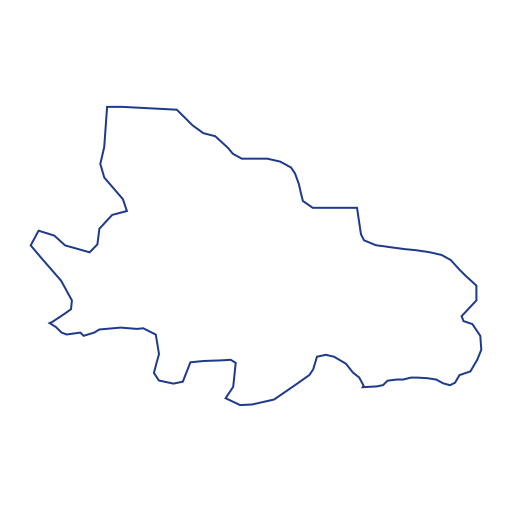 Pocheon-si, Gyeonggi, South Korea (orthographic projection), rotated 270°
{"feature_id": "91817680B75483661313195", "entity_name": "Pocheon-si", "entity_type": "district", "adm_level": 2, "iso_a3": "KOR", "parent_name": "South Korea", "parent_adm1": "Gyeonggi", "projection": "orthographic", "projection_center": [127.227, 37.957], "detail": "fine", "context": "isolated", "style": "outline", "palette": "blue", "viewbox_px": 512, "rotation_deg": 270, "n_neighbors": 0, "source": "geoboundaries", "source_scale": "gbopen_adm2", "svg_char_len": 1489}
<svg xmlns="http://www.w3.org/2000/svg" viewBox="0 0 512 512"><g transform="rotate(270 256 256)"><path d="M405.1,107.1L364.8,104.2L348.1,100.3L334.4,104.3L312.8,122.9L301.0,126.9L297.1,112.2L283.3,99.4L267.6,97.4L259.7,89.6L266.6,65.1L276.4,54.3L281.3,38.6L266.6,30.7L253.8,41.5L231.3,61.1L211.6,71.9L202.8,71.0L197.9,64.1L190.1,52.3L188.9,49.6L185.0,55.9L179.4,61.6L177.5,66.6L179.4,80.4L176.2,83.6L179.4,94.2L182.5,99.3L184.4,120.6L183.1,137.0L183.7,143.3L177.4,155.8L157.9,159.0L148.5,156.4L139.1,153.9L131.5,158.9L128.4,173.4L130.3,182.8L149.7,190.4L151.0,203.6L151.6,220.6L152.2,230.7L149.1,235.7L125.2,233.2L113.8,225.6L106.9,240.1L107.5,252.0L112.5,274.1L127.6,296.1L137.0,309.4L142.7,313.2L155.3,317.0L157.2,325.8L155.3,334.0L148.3,345.9L139.5,352.9L134.5,359.2L126.3,363.6L124.8,362.7L125.6,376.8L126.9,383.1L131.3,387.5L132.5,397.0L132.5,403.3L134.4,410.9L134.4,417.2L133.8,427.3L132.5,436.1L128.7,443.1L126.8,450.0L129.3,455.0L136.9,459.5L140.6,470.4L149.8,475.8L152.4,477.3L162.3,481.3L176.1,480.3L187.9,472.4L190.9,463.5L195.8,461.6L211.6,476.4L226.4,476.4L236.3,465.5L242.2,459.6L252.0,450.7L256.6,442.4L257.0,441.8L259.9,429.0L261.9,415.2L262.9,404.4L266.8,375.8L271.7,364.0L277.6,361.0L304.2,357.0L304.2,312.7L311.0,302.9L318.9,300.9L327.8,298.9L338.6,295.0L344.5,291.0L350.4,280.2L353.3,267.4L353.3,253.6L353.3,241.8L358.2,232.9L364.1,228.0L375.8,215.2L378.8,203.4L386.6,192.6L402.3,176.8L405.1,122.8L405.1,107.1Z" fill="none" stroke="#1e3a8a" stroke-width="2"/></g></svg>